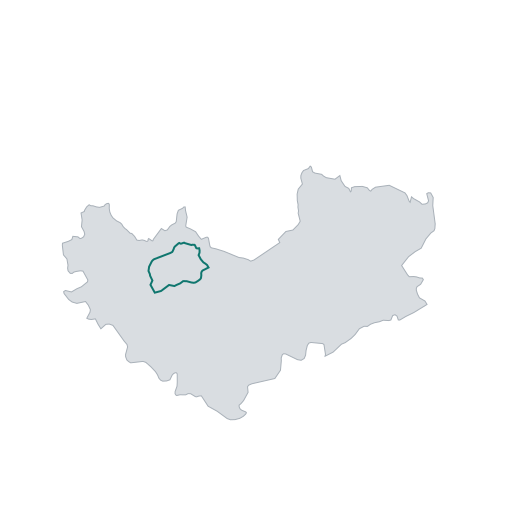 Kissidougou on a map of Guinea (Albers equal-area conic projection), rotated 146°
{"feature_id": "GIN-5644", "entity_name": "Kissidougou", "entity_type": "Prefecture", "adm_level": 1, "iso_a3": "GIN", "parent_name": "Guinea", "parent_adm1": "", "projection": "albers", "projection_center": [-10.045, 9.288], "detail": "fine", "context": "in_parent", "style": "outline", "palette": "teal", "viewbox_px": 512, "rotation_deg": 146, "n_neighbors": 0, "source": "natural_earth", "source_scale": "10m", "svg_char_len": 4732}
<svg xmlns="http://www.w3.org/2000/svg" viewBox="0 0 512 512"><g transform="rotate(146 256 256)"><path d="M308.3,328.9L304.6,328.4L302.9,329.1L297.9,335.0L294.8,337.3L290.2,336.6L288.5,337.0L287.3,336.3L289.0,333.1L291.4,326.7L297.5,320.2L297.7,318.9L295.2,315.1L292.5,309.9L292.5,304.4L292.0,300.4L286.6,299.3L285.6,298.6L285.5,297.3L288.5,290.4L288.8,289.0L288.4,287.7L285.1,284.2L279.9,277.7L271.0,264.3L267.7,261.4L264.5,257.3L263.3,254.7L260.0,253.8L228.8,253.8L228.2,257.3L217.5,259.6L210.9,256.9L203.5,258.4L199.9,260.1L197.1,267.9L195.5,269.6L193.9,273.1L192.4,275.0L190.8,278.8L187.3,284.3L183.6,287.8L177.3,289.7L175.3,295.5L173.8,297.6L171.4,299.3L168.8,300.3L163.7,299.2L160.8,300.2L160.4,298.7L162.0,294.2L160.8,291.8L155.9,287.0L155.4,284.7L154.0,281.7L147.6,275.5L141.5,275.8L143.3,270.7L143.3,263.9L141.3,260.2L141.8,256.4L140.7,256.6L138.7,259.2L135.4,258.3L128.9,254.2L125.6,250.3L125.3,246.9L124.6,245.6L122.5,246.3L118.4,246.2L106.0,240.1L97.2,225.0L97.1,221.6L98.4,215.8L98.2,214.3L94.0,218.1L93.3,215.5L90.2,209.4L89.4,206.0L86.4,204.4L84.0,204.1L82.1,205.2L79.6,212.2L77.8,212.1L75.9,210.6L76.4,205.4L81.3,198.9L89.5,182.4L92.4,178.7L94.3,177.4L98.1,177.3L105.5,175.2L114.7,170.1L121.7,170.6L129.9,170.1L140.6,166.7L140.9,155.6L140.5,153.1L136.8,150.8L134.6,148.9L132.7,146.4L130.4,144.6L130.5,142.8L135.3,140.5L139.6,140.5L141.1,139.6L142.2,138.1L143.4,134.1L143.9,129.9L141.1,124.2L141.3,120.2L157.0,120.9L165.6,122.1L172.6,122.5L173.8,123.4L172.7,127.3L173.6,129.6L176.0,130.2L180.0,127.5L182.0,128.2L186.4,131.6L190.5,132.5L195.0,134.4L199.2,135.4L202.9,135.3L205.7,137.3L211.0,137.9L217.7,135.5L223.1,134.5L230.5,134.3L234.4,135.1L245.8,133.2L254.8,134.3L253.4,135.6L249.2,144.5L249.7,146.1L258.8,153.6L260.9,154.2L263.4,153.2L267.3,149.7L270.4,146.0L273.4,144.1L276.9,144.3L279.6,146.9L286.1,158.1L287.7,159.5L289.3,159.5L292.1,157.4L293.6,155.0L299.6,147.6L308.9,143.9L330.9,152.4L334.2,153.0L336.1,152.4L338.8,147.4L347.1,143.1L351.1,142.0L353.4,141.8L354.3,140.4L354.7,138.4L354.2,136.3L351.7,132.5L351.6,131.4L353.0,130.7L356.2,130.2L360.3,130.5L364.9,132.1L368.7,134.5L370.8,137.3L375.0,149.0L379.7,158.2L379.5,170.6L381.6,171.8L383.9,172.4L384.9,173.3L387.2,178.4L389.3,179.9L391.9,180.2L396.7,183.5L399.8,184.7L400.2,185.7L400.1,187.1L398.9,188.8L394.3,192.2L392.0,195.2L387.3,202.2L387.2,203.5L388.2,204.4L390.2,204.6L392.2,204.1L396.6,201.5L400.0,202.4L403.3,204.4L404.5,206.4L404.8,209.0L404.1,212.5L404.0,216.3L405.1,222.9L406.8,229.4L408.6,231.8L419.6,237.5L420.6,239.6L421.2,242.0L420.4,245.4L419.3,247.2L413.3,252.4L412.4,254.8L412.9,259.3L413.4,278.5L415.8,281.7L418.7,283.3L425.3,282.4L425.1,287.7L424.3,293.7L428.1,295.5L430.1,297.3L431.1,299.0L425.1,302.2L423.3,304.1L422.5,309.0L422.8,313.6L431.0,316.9L434.2,320.7L435.6,324.7L436.1,332.2L435.4,334.0L433.3,334.0L429.1,329.4L422.7,329.0L418.0,328.1L410.1,328.8L408.8,330.2L407.9,340.2L409.8,341.9L413.6,343.7L416.1,344.5L418.1,344.3L419.7,345.5L420.1,348.8L419.0,351.2L417.0,353.5L414.4,359.3L415.0,364.6L410.6,373.1L409.3,374.8L403.4,373.1L399.5,372.6L396.8,374.7L392.9,371.4L392.2,368.9L390.8,368.3L388.2,368.3L385.8,369.8L384.8,372.5L384.3,377.9L380.0,383.1L377.0,389.5L373.4,388.9L372.7,389.7L368.9,391.4L365.7,391.8L364.9,390.1L363.0,388.7L360.9,386.0L358.5,383.8L354.0,382.3L352.2,383.0L350.1,382.8L348.7,382.0L348.9,380.6L351.2,377.3L352.6,374.2L353.3,370.8L353.3,367.7L352.0,363.2L350.0,359.6L349.5,357.5L349.7,354.6L349.2,351.8L348.6,350.4L347.6,345.2L346.4,344.2L345.7,340.1L345.9,335.8L344.2,334.2L341.4,333.0L339.8,331.3L338.8,329.5L337.8,328.9L336.9,329.1L336.1,330.2L335.2,330.5L333.6,326.5L332.9,326.3L331.8,327.2L319.1,331.7L317.4,327.9L315.0,327.2L310.8,328.7L308.3,328.9Z" fill="#d9dde1" stroke="#a8b0b8" stroke-width="1"/><path d="M324.4,270.2L327.5,273.8L330.4,275.9L334.2,275.7L338.3,276.5L338.8,276.5L340.2,276.7L340.4,276.7L344.3,280.6L354.3,280.1L360.4,282.2L359.6,291.1L355.6,293.6L354.8,298.9L354.1,300.4L353.5,303.7L350.6,306.9L345.6,309.7L344.5,310.1L343.1,310.3L342.2,310.3L333.5,308.3L325.3,306.4L323.2,306.2L322.7,306.4L320.2,307.9L319.8,308.3L319.5,308.5L318.8,308.9L318.0,309.2L314.0,309.7L313.0,309.8L312.3,309.7L312.2,309.5L311.8,308.6L311.3,308.2L310.5,307.9L308.5,307.4L308.1,307.2L307.9,306.8L307.8,306.5L303.4,301.2L302.6,301.0L300.8,299.7L300.7,299.5L300.6,299.1L301.1,296.0L300.8,295.5L300.6,295.2L298.8,294.2L299.7,292.1L301.0,290.3L303.1,288.8L303.6,284.2L303.2,280.2L302.3,278.1L301.6,275.9L301.8,273.0L308.0,273.8L308.5,273.8L309.0,273.7L309.9,273.3L310.3,273.1L310.6,272.8L311.1,272.3L312.1,270.6L313.4,269.1L314.0,268.5L314.1,268.4L314.3,268.3L314.9,268.1L315.7,267.9L318.1,267.8L320.8,267.9L321.2,268.0L322.6,268.6L324.4,270.2Z" fill="none" stroke="#0f766e" stroke-width="2"/></g></svg>